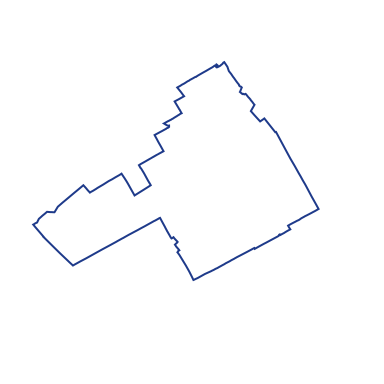 LEU, Dolj, Romania, rotated 123°
{"feature_id": "2599482B68643233810442", "entity_name": "LEU", "entity_type": "district", "adm_level": 2, "iso_a3": "ROU", "parent_name": "Romania", "parent_adm1": "Dolj", "projection": "albers", "projection_center": [24.031, 44.193], "detail": "fine", "context": "isolated", "style": "outline", "palette": "blue", "viewbox_px": 384, "rotation_deg": 123, "n_neighbors": 0, "source": "geoboundaries", "source_scale": "gbopen_adm2", "svg_char_len": 5754}
<svg xmlns="http://www.w3.org/2000/svg" viewBox="0 0 384 384"><g transform="rotate(123 192 192)"><path d="M305.8,307.4L306.0,306.8L306.6,304.9L307.1,303.2L308.7,297.8L310.0,293.4L310.6,291.4L310.7,291.5L310.8,291.0L313.7,277.0L315.2,269.7L317.4,257.9L317.6,256.9L318.4,252.3L318.5,251.8L316.7,250.9L314.3,249.6L310.9,247.8L305.2,244.6L294.8,239.1L288.6,235.8L286.6,234.7L281.5,231.9L277.6,229.8L275.2,228.5L273.4,227.6L272.5,227.1L270.8,226.2L268.9,225.2L268.1,224.7L266.9,224.1L262.3,221.7L260.7,220.8L259.6,220.2L258.7,219.7L256.7,218.6L255.1,217.7L254.2,217.2L253.3,216.7L249.9,214.9L246.3,212.9L244.0,211.7L239.7,209.4L237.2,208.1L236.1,207.4L234.8,206.7L234.0,206.3L232.7,205.6L231.8,205.2L231.1,204.7L232.6,202.0L234.0,199.4L234.6,198.3L236.0,195.7L236.6,194.7L237.7,192.7L238.4,191.5L238.9,190.4L239.3,189.7L239.7,188.9L240.5,187.3L241.0,186.4L241.3,185.8L241.8,184.9L241.9,184.5L242.0,184.2L242.1,183.9L241.7,183.6L240.0,182.9L240.2,182.4L240.6,181.2L240.9,180.0L241.5,177.5L241.7,177.0L241.7,176.9L242.0,176.8L242.9,177.0L244.3,177.4L245.5,177.6L245.7,176.9L245.9,176.5L246.3,175.8L246.5,175.1L246.9,173.7L247.1,172.9L247.3,172.5L247.3,172.2L247.8,170.9L248.0,171.0L248.3,171.1L248.6,171.3L248.8,171.3L249.0,171.4L249.4,171.4L249.6,171.3L249.8,171.3L250.3,171.2L250.5,171.3L251.6,168.4L257.0,157.1L260.2,151.0L263.1,146.0L265.0,142.9L261.1,140.4L257.5,138.5L253.7,136.5L248.4,133.1L247.7,132.7L246.8,132.2L245.9,131.6L245.2,131.2L243.6,130.4L243.2,130.1L242.8,129.9L242.0,129.3L240.7,128.7L239.6,128.1L236.4,126.4L234.8,125.5L233.6,125.0L229.6,122.7L227.9,121.9L227.0,121.4L225.6,120.6L224.9,120.2L224.2,119.9L223.3,119.4L222.3,118.9L219.5,117.3L214.9,114.7L211.7,112.9L207.9,110.8L205.6,109.6L205.0,109.2L205.5,108.4L201.3,106.2L196.3,103.5L194.4,102.4L182.2,95.7L181.7,95.6L180.9,95.2L180.4,95.6L179.7,95.3L179.6,95.1L179.8,94.4L178.8,93.9L177.7,93.3L176.3,92.5L174.7,91.8L172.9,90.9L171.4,90.1L170.7,89.7L169.8,89.2L168.7,91.6L167.9,93.1L166.1,92.2L164.6,91.4L163.0,90.5L161.6,89.7L160.6,89.1L159.4,88.5L157.4,87.2L156.6,86.8L155.5,86.4L154.5,86.0L153.0,85.2L151.9,84.6L150.3,83.8L149.4,83.2L148.3,82.6L147.3,82.0L144.8,80.6L142.4,79.3L141.4,78.7L137.3,76.6L134.0,82.8L130.7,89.1L125.2,99.0L124.0,101.2L121.8,105.6L119.8,109.3L118.1,112.7L114.2,120.1L110.4,127.7L106.1,135.6L95.9,154.2L96.5,154.7L90.9,171.4L92.8,172.1L95.7,173.3L93.5,181.7L92.1,186.7L84.8,187.1L84.6,187.9L84.5,188.2L84.1,189.2L83.9,189.8L83.6,190.5L82.9,192.9L82.5,193.5L82.3,194.5L82.0,195.2L82.0,195.6L81.8,196.4L81.2,198.2L80.8,199.3L80.5,200.5L81.0,200.9L81.5,201.1L81.7,201.5L81.7,202.1L81.9,202.6L81.9,202.8L82.4,203.1L82.0,206.3L81.6,206.3L80.2,206.6L77.2,207.2L77.0,208.3L77.3,209.4L77.2,209.9L77.1,210.3L77.0,210.5L76.7,210.6L76.2,211.6L76.0,212.4L75.5,213.8L75.0,215.2L74.4,216.7L73.5,218.9L73.0,220.4L72.3,222.0L72.0,222.7L71.7,223.4L70.9,225.8L70.6,226.7L70.4,227.1L67.7,230.5L66.5,233.3L65.5,235.7L66.5,236.2L66.8,236.2L67.1,236.2L67.4,236.2L67.8,236.2L68.1,236.3L68.5,236.4L69.1,236.6L69.9,236.9L70.6,237.0L71.1,237.3L71.5,237.5L72.1,237.8L72.6,238.1L73.6,238.7L74.1,239.3L73.9,240.0L73.5,239.9L73.2,239.5L72.9,239.3L72.3,239.4L72.0,239.2L71.8,239.7L71.7,240.9L71.7,241.0L71.8,241.0L72.3,241.0L72.6,241.1L73.0,241.2L73.2,241.3L73.6,241.8L75.5,242.5L76.8,243.1L78.3,243.9L82.7,246.1L84.0,246.8L85.7,247.7L89.8,249.8L91.4,250.6L92.0,250.8L92.6,251.2L92.9,251.2L93.0,251.2L93.2,251.3L93.3,251.5L93.5,251.6L94.1,252.1L95.3,252.7L96.3,253.2L97.7,254.0L98.5,254.4L98.9,254.7L99.5,254.9L100.1,255.1L100.5,255.3L101.4,255.9L102.7,256.5L103.7,256.9L105.4,257.7L107.5,258.9L108.5,259.3L110.0,260.0L111.4,260.8L112.4,261.3L113.0,259.4L114.2,255.7L115.6,252.0L116.0,250.8L116.4,251.0L117.9,251.8L121.2,253.5L125.5,255.9L126.0,254.9L127.3,252.2L128.3,250.2L128.5,249.7L128.7,249.3L129.3,248.3L129.7,247.2L129.9,246.8L130.7,245.4L131.3,244.2L131.6,243.6L132.7,244.3L132.9,244.4L133.7,244.7L134.2,244.9L135.0,245.3L135.4,245.5L135.8,245.7L136.3,245.9L136.8,246.1L137.1,246.2L137.3,246.4L138.2,246.8L138.6,247.0L138.8,247.1L139.2,247.3L139.7,247.5L140.1,247.7L140.9,248.0L141.9,248.6L142.1,248.7L142.3,248.8L142.6,248.9L143.1,249.1L143.3,249.3L143.8,249.6L144.4,249.9L144.7,250.1L145.0,250.2L145.3,250.4L145.6,250.6L145.8,250.8L146.1,250.9L146.5,251.1L146.8,251.3L147.1,251.5L147.6,251.7L148.2,252.0L148.6,252.2L148.9,252.4L149.5,252.6L149.8,252.8L149.8,252.0L149.8,251.1L149.7,249.4L149.6,248.9L149.5,248.6L149.4,248.3L149.2,247.8L148.8,247.4L149.1,247.2L149.5,247.0L149.7,246.8L149.8,246.7L150.0,246.7L150.3,246.8L150.7,246.9L150.8,247.0L151.1,247.1L151.3,247.2L151.5,247.3L151.8,247.5L152.0,247.7L152.3,247.9L152.5,248.0L152.8,248.1L153.0,248.1L154.5,248.9L157.5,250.5L160.2,252.0L164.6,254.4L165.8,252.2L166.8,250.3L168.1,248.0L169.1,246.1L170.8,242.8L172.2,240.2L172.9,238.9L173.3,238.1L180.5,242.0L193.0,248.4L196.6,250.3L198.4,251.1L198.9,250.1L199.4,249.2L199.9,248.2L199.9,247.7L200.8,245.8L202.5,242.3L206.4,235.1L207.8,232.2L208.4,231.0L208.8,230.3L211.1,231.3L216.1,233.6L220.4,235.6L221.9,236.3L226.2,238.3L225.7,239.2L223.8,242.9L220.1,249.9L218.9,252.3L217.2,256.0L215.8,259.3L215.4,260.2L215.0,261.1L217.1,262.0L221.3,264.2L225.0,266.0L226.4,266.8L228.2,267.8L234.1,270.5L238.1,272.5L240.1,273.5L241.8,274.2L243.0,274.8L244.1,275.3L245.3,275.9L247.1,276.9L248.1,277.3L247.7,278.8L247.3,280.4L246.7,282.3L246.5,282.9L246.0,284.8L245.5,286.8L246.5,287.1L251.1,288.5L252.4,288.9L254.0,289.4L256.5,290.2L263.4,292.3L271.5,294.8L276.4,296.2L277.4,296.5L283.6,296.3L283.8,296.3L284.0,296.4L284.9,298.0L286.4,300.5L287.2,302.1L287.6,302.8L290.4,303.6L293.5,304.6L294.7,304.9L297.9,305.8L299.7,305.6L301.4,305.4L301.8,305.3L302.0,305.3L302.3,305.5L302.9,305.9L303.5,306.3L304.4,306.7L305.1,307.0L305.8,307.4Z" fill="none" stroke="#1e3a8a" stroke-width="2"/></g></svg>